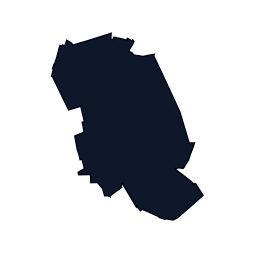 outline of Alphen aan den Rijn, Zuid-Holland, Netherlands, rotated 75°
{"feature_id": "6326949B35182149476625", "entity_name": "Alphen aan den Rijn", "entity_type": "district", "adm_level": 2, "iso_a3": "NLD", "parent_name": "Netherlands", "parent_adm1": "Zuid-Holland", "projection": "robinson", "projection_center": [4.634, 52.113], "detail": "fine", "context": "isolated", "style": "filled", "palette": "ink", "viewbox_px": 256, "rotation_deg": 75, "n_neighbors": 0, "source": "geoboundaries", "source_scale": "gbopen_adm2", "svg_char_len": 5048}
<svg xmlns="http://www.w3.org/2000/svg" viewBox="0 0 256 256"><g transform="rotate(75 128 128)"><path d="M141.0,182.2L146.2,182.4L146.2,182.1L146.2,181.8L146.2,181.6L146.2,181.4L146.2,181.1L146.0,180.4L155.1,180.6L156.1,180.6L156.2,180.9L156.4,181.4L156.4,181.6L156.5,181.8L156.5,182.1L156.5,182.3L156.7,183.0L157.1,184.5L157.3,185.2L157.6,186.2L157.7,186.5L157.9,187.6L160.3,187.7L160.8,185.8L163.2,176.3L163.9,176.5L164.0,176.2L171.1,178.1L172.6,172.1L173.0,170.6L173.1,171.1L173.5,171.1L173.9,170.9L175.1,170.5L175.7,170.2L176.3,170.0L177.1,169.5L177.4,169.4L177.9,169.1L178.5,168.8L179.1,168.5L179.4,168.5L180.1,168.2L180.3,168.1L187.4,168.0L187.5,167.4L187.6,167.1L187.8,166.4L187.9,165.9L188.2,164.9L188.3,164.7L188.5,164.5L188.7,164.4L188.9,163.9L189.3,163.5L189.5,163.3L189.3,163.3L188.9,162.6L188.3,161.5L187.8,160.4L187.8,160.2L187.7,159.9L187.5,160.0L187.4,159.8L187.1,158.7L186.9,158.1L186.7,157.7L186.6,157.2L186.4,156.9L186.3,156.5L186.1,156.1L186.0,155.7L185.6,154.7L185.2,153.6L185.1,153.2L185.0,152.8L184.8,152.3L184.5,151.9L184.4,151.4L183.6,149.5L182.3,149.8L182.1,149.9L181.8,149.2L180.9,148.6L180.6,148.4L180.4,148.4L180.1,147.7L188.7,145.3L193.5,144.0L197.5,142.8L205.6,140.6L206.5,140.3L205.9,139.7L206.9,139.2L211.0,137.4L210.9,136.9L210.8,136.7L210.5,136.1L210.1,135.7L209.9,135.3L209.9,135.2L210.4,135.0L210.6,134.8L211.1,134.2L211.4,133.7L212.3,132.5L212.4,132.4L212.6,132.2L213.3,131.3L214.1,130.2L214.9,129.2L215.6,128.5L216.5,127.3L216.8,126.9L217.2,126.5L218.5,124.9L218.9,124.5L219.9,123.1L221.2,121.5L221.3,121.4L221.5,121.2L222.0,121.2L222.4,121.0L222.5,120.9L222.8,120.4L224.0,118.7L224.5,117.8L225.0,116.9L225.5,116.1L225.7,115.4L225.7,115.2L225.6,114.9L225.5,114.7L225.6,114.4L226.0,113.7L226.8,111.9L227.0,111.5L227.3,110.8L227.3,110.7L227.6,110.3L228.0,109.3L228.2,109.0L228.4,108.2L228.4,107.8L228.4,107.7L228.2,107.7L228.0,106.0L227.9,106.0L227.8,105.6L227.5,103.5L222.8,93.9L216.7,81.5L213.8,75.6L212.5,73.0L205.5,75.2L205.5,75.3L205.4,75.4L205.2,75.5L205.0,75.4L204.8,75.4L204.6,75.5L199.4,77.1L198.9,78.2L198.7,80.0L197.2,80.3L197.1,80.2L196.8,80.4L196.5,80.6L194.5,82.1L193.2,83.0L191.5,84.3L190.4,85.1L190.1,85.3L189.5,85.8L188.8,86.3L186.9,87.7L186.2,88.2L186.1,88.4L186.0,88.5L185.6,88.8L185.3,89.1L183.2,90.7L182.1,91.5L181.8,91.7L180.3,92.9L179.3,93.0L179.6,92.3L179.6,92.1L179.6,91.3L179.5,90.6L179.6,90.1L179.5,89.8L179.6,89.2L179.9,88.4L180.1,87.9L180.4,87.4L180.7,86.4L181.1,85.4L181.1,85.2L180.8,85.0L180.7,84.9L180.9,84.7L180.2,83.9L175.9,79.5L175.8,79.4L175.7,79.3L175.8,79.3L175.7,79.2L175.3,78.7L174.5,78.0L174.4,77.8L174.4,77.7L173.9,77.6L171.6,75.9L171.4,76.1L170.5,75.3L163.7,70.4L162.5,69.5L162.4,69.5L159.6,67.7L158.4,72.9L125.8,73.8L125.2,73.9L124.6,74.0L123.6,74.2L121.4,74.6L117.9,75.2L112.4,76.1L105.3,77.4L105.2,77.4L102.8,77.8L99.1,78.4L98.1,78.7L97.2,78.8L95.5,79.1L95.0,79.1L94.6,79.2L93.5,79.4L90.9,79.9L89.7,80.1L82.7,81.3L74.7,82.8L69.5,83.7L68.2,84.0L66.3,84.3L64.8,84.6L64.7,84.5L63.7,83.6L63.4,86.6L63.2,88.9L62.9,93.6L62.8,95.0L62.7,95.4L62.0,96.8L61.8,97.3L61.6,97.9L61.4,98.2L61.0,99.0L60.8,99.6L60.4,100.3L60.3,100.8L60.3,101.1L60.1,101.5L60.0,101.8L59.7,102.1L59.4,102.6L59.1,103.2L59.0,103.4L58.7,103.7L58.6,103.8L58.3,103.9L58.1,104.0L57.8,104.1L57.5,104.2L56.6,104.6L56.2,104.9L55.9,105.3L55.6,105.8L55.6,106.0L55.5,106.3L55.4,106.3L55.2,106.2L55.1,106.4L54.8,106.7L53.8,107.1L52.6,106.2L52.2,105.9L52.0,105.7L50.5,104.2L49.4,103.0L49.0,102.5L48.9,102.4L48.2,101.8L46.8,100.8L46.4,100.4L45.6,99.9L44.4,100.7L44.1,100.9L44.8,101.4L45.2,101.7L44.3,102.5L43.9,102.8L43.6,103.1L42.0,104.5L41.7,104.8L42.0,104.9L41.8,105.1L41.7,105.2L41.5,105.6L42.3,106.2L42.6,106.4L42.9,106.7L42.3,107.6L41.3,109.2L40.7,110.2L39.8,111.9L38.5,114.7L38.3,115.0L37.4,116.4L36.8,118.6L38.8,118.9L37.9,121.8L37.5,121.7L37.2,121.5L36.4,121.3L35.4,120.9L35.0,120.8L34.5,120.6L33.6,120.4L33.4,120.3L32.9,120.1L32.7,120.1L32.4,119.9L32.1,119.8L32.1,120.5L32.2,121.3L32.3,121.5L32.4,124.0L32.7,130.7L32.8,134.0L32.9,134.8L33.0,136.9L33.0,137.0L33.1,139.3L33.4,147.3L33.4,147.5L33.4,150.3L33.6,156.7L33.7,160.2L32.9,160.2L32.4,160.3L32.1,160.4L31.9,160.5L31.6,160.6L31.4,160.8L31.1,161.0L27.9,164.0L28.0,164.0L27.6,164.5L32.7,168.0L31.1,169.5L30.9,169.9L31.7,170.5L32.0,170.7L30.7,172.3L31.7,172.9L32.6,173.4L33.0,173.8L33.4,174.0L33.7,174.2L34.5,174.6L34.9,174.9L35.5,175.2L36.1,175.5L36.5,175.7L39.1,177.2L43.3,179.7L43.5,180.0L43.8,180.2L47.7,182.5L47.3,183.0L51.2,185.4L51.7,184.8L52.6,185.3L52.9,185.3L53.0,185.4L53.2,185.5L54.0,185.9L58.1,188.3L58.3,187.7L65.7,186.3L66.9,186.0L67.2,185.8L67.4,185.9L67.7,185.9L74.2,184.6L75.0,184.4L76.1,184.3L77.5,184.0L88.7,181.9L95.1,180.6L95.0,177.5L94.7,167.9L110.7,168.5L110.7,169.7L110.7,170.7L115.6,171.0L119.8,171.4L119.8,171.5L120.8,171.5L121.1,173.6L121.1,174.6L121.2,174.9L121.2,175.0L121.2,175.5L121.3,175.8L121.3,176.3L121.4,177.1L121.5,178.2L121.6,178.5L121.8,180.4L121.9,180.9L121.9,181.0L122.0,181.4L135.5,182.5L135.5,182.4L135.7,182.5L140.0,182.3L140.3,182.3L141.0,182.2Z" fill="#0f172a" stroke="#020617" stroke-width="1.5"/></g></svg>